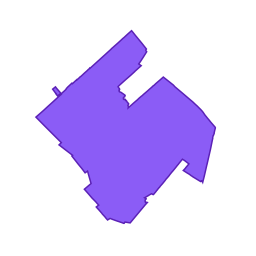 Colceag, Prahova, Romania, rotated 337°
{"feature_id": "2599482B36947039095978", "entity_name": "Colceag", "entity_type": "district", "adm_level": 2, "iso_a3": "ROU", "parent_name": "Romania", "parent_adm1": "Prahova", "projection": "robinson", "projection_center": [26.382, 44.938], "detail": "fine", "context": "isolated", "style": "filled", "palette": "violet", "viewbox_px": 256, "rotation_deg": 337, "n_neighbors": 0, "source": "geoboundaries", "source_scale": "gbopen_adm2", "svg_char_len": 5263}
<svg xmlns="http://www.w3.org/2000/svg" viewBox="0 0 256 256"><g transform="rotate(337 128 128)"><path d="M92.9,216.2L106.5,209.2L111.0,206.9L114.3,205.2L115.3,204.8L116.3,204.3L116.7,204.1L116.3,203.8L116.0,203.7L115.8,203.6L115.2,203.5L115.1,203.4L115.0,203.2L115.3,202.8L115.3,202.7L115.2,202.6L115.1,202.4L115.2,202.0L115.4,201.6L115.5,201.3L115.7,201.0L115.8,200.9L116.0,200.8L116.6,200.6L116.8,200.5L117.0,200.3L117.1,200.2L117.0,199.9L116.9,199.7L116.7,199.5L116.4,199.2L116.0,198.7L122.8,197.8L123.1,197.8L123.8,197.7L124.0,197.7L124.2,197.9L124.3,198.1L124.6,198.6L125.0,199.0L125.3,199.2L125.5,199.1L126.1,198.9L126.6,198.6L126.8,198.5L127.2,198.3L127.6,198.1L128.0,197.9L128.6,197.6L129.0,197.4L129.7,196.9L130.2,196.7L130.4,196.6L130.5,196.6L131.0,196.3L132.0,195.7L132.9,195.3L133.1,195.1L133.3,195.0L133.8,194.9L135.1,194.1L136.6,193.4L138.1,192.7L139.4,192.0L141.3,191.0L143.3,189.8L144.7,189.2L147.1,188.0L148.2,187.3L149.7,186.5L150.8,185.9L152.1,185.3L154.6,184.0L156.1,183.2L157.6,182.4L158.8,181.7L160.3,181.0L160.7,180.7L165.9,178.0L167.2,179.8L170.0,184.8L168.4,185.7L167.2,186.3L165.8,187.0L165.6,187.1L165.4,187.3L165.2,187.4L165.0,187.5L163.5,188.2L163.0,188.4L162.3,188.7L164.8,192.4L166.2,194.3L166.9,195.4L167.4,196.4L168.2,197.5L168.5,198.1L173.6,205.2L174.1,205.8L174.3,205.8L174.5,205.6L174.6,205.4L174.8,205.3L175.0,205.5L175.3,205.5L175.4,206.0L175.5,206.6L175.6,206.8L175.6,207.1L179.2,202.4L186.0,193.0L186.7,192.1L189.6,188.1L190.4,187.0L190.7,186.6L191.4,185.6L192.0,184.8L194.6,181.2L195.2,180.4L196.8,178.1L198.5,175.6L199.2,174.6L199.6,174.0L200.5,172.7L202.0,170.6L202.0,170.4L202.0,170.2L202.4,169.7L203.2,168.6L203.3,168.4L203.6,168.2L204.2,167.8L204.4,167.5L204.5,167.4L204.8,167.1L205.0,166.9L205.2,166.7L205.3,166.5L205.4,166.3L205.5,166.0L205.9,165.5L206.6,164.5L207.5,163.3L207.9,162.8L208.2,162.4L208.4,162.1L208.5,161.9L208.5,161.5L208.5,161.4L208.5,161.2L206.9,156.3L206.3,154.4L205.8,152.5L205.0,150.0L204.4,147.8L203.9,146.2L203.8,145.5L203.6,144.7L203.3,143.0L202.7,140.9L202.5,140.5L202.2,139.5L201.6,138.1L200.2,134.6L199.3,132.7L198.4,130.6L197.7,129.0L196.3,126.3L191.3,116.3L188.2,110.2L187.2,108.2L186.9,107.2L186.5,106.1L180.4,94.9L175.9,96.4L173.7,97.1L170.6,98.1L168.9,98.8L167.7,99.0L166.9,99.3L165.6,99.8L162.5,100.8L160.2,101.6L155.1,103.2L153.9,103.7L152.6,104.0L152.0,104.2L150.7,104.6L149.2,105.1L147.8,105.7L147.4,105.8L145.5,106.4L142.4,107.4L140.1,108.2L138.2,108.8L136.9,109.2L136.1,109.5L136.4,109.0L136.6,108.6L136.7,108.3L136.8,107.9L136.8,107.7L136.8,107.4L136.7,107.3L136.7,107.2L136.8,107.0L136.9,106.9L137.3,106.7L137.7,106.5L137.9,106.3L138.0,106.1L138.1,105.8L138.0,105.6L137.8,105.1L137.7,105.0L137.7,104.8L137.7,104.6L137.6,104.2L137.4,103.9L137.3,103.7L137.3,103.3L137.3,103.0L137.3,102.8L137.3,102.6L137.2,102.3L137.0,102.1L136.8,102.0L136.6,101.9L136.5,101.7L136.6,101.4L136.8,101.2L136.8,100.9L136.8,100.7L136.5,100.5L136.3,100.4L136.2,100.4L135.7,100.3L135.4,100.1L135.4,99.9L135.2,99.7L135.1,99.4L135.3,99.2L135.6,99.1L135.6,98.9L135.6,98.6L135.6,98.4L135.8,98.2L136.2,98.1L136.6,98.0L136.8,98.0L137.1,97.9L137.3,97.9L137.4,97.7L137.4,97.2L137.5,97.1L137.9,97.1L138.0,97.0L138.1,96.9L138.1,96.7L137.8,96.2L137.6,95.8L137.1,95.0L135.8,92.9L135.6,92.6L135.4,92.3L135.2,92.2L134.9,92.0L134.7,91.7L134.2,91.1L134.2,90.9L134.3,90.8L134.5,90.6L134.5,90.1L134.5,89.8L134.5,89.7L135.1,89.5L135.2,89.4L135.3,89.3L135.2,89.0L135.2,88.9L135.4,88.8L135.4,88.6L135.5,88.4L135.4,88.0L135.0,86.9L135.0,86.5L135.3,86.2L135.2,85.9L137.7,85.0L145.0,82.5L150.9,80.6L156.0,78.8L156.0,78.7L156.6,78.5L164.5,75.8L162.9,73.2L164.6,72.2L166.0,71.3L170.7,68.1L171.4,67.6L175.0,65.1L174.9,64.6L174.7,63.7L174.9,63.1L175.3,62.9L175.5,62.7L175.8,62.5L175.4,61.0L173.7,54.8L170.9,45.4L170.0,42.1L169.4,40.1L169.3,39.8L164.8,41.3L159.5,43.2L158.1,43.6L155.7,44.5L153.4,45.3L152.3,45.7L144.8,48.2L144.1,48.4L143.4,48.7L142.8,49.0L127.3,54.4L116.1,58.3L116.0,58.0L115.9,58.1L115.4,58.3L114.8,58.5L113.6,58.9L113.3,59.1L113.0,59.2L110.0,60.2L109.2,60.5L108.8,60.6L108.1,60.9L107.5,61.1L106.8,61.4L106.1,61.6L105.6,61.8L104.7,62.1L103.6,62.3L103.3,62.5L99.7,63.8L99.7,63.5L97.4,64.3L96.6,64.6L94.2,65.5L93.9,64.8L88.4,66.8L87.8,67.1L87.4,67.3L87.0,67.4L86.8,67.5L86.6,67.6L86.2,68.1L85.8,68.3L83.1,69.3L81.5,69.8L81.2,69.9L80.7,70.1L79.9,70.4L79.4,68.6L78.9,67.1L77.7,63.4L77.3,61.8L76.2,62.1L73.8,62.8L74.4,65.2L74.7,66.5L75.1,67.7L75.3,68.4L75.0,68.4L75.3,69.6L75.7,70.9L78.4,70.2L79.5,70.0L79.8,70.9L78.7,71.3L77.9,71.5L69.1,74.6L62.2,77.0L57.2,78.8L53.6,80.0L47.5,82.0L51.9,93.1L60.9,115.4L57.9,116.6L66.3,131.5L65.4,131.9L68.0,141.6L69.6,147.0L71.0,152.5L73.9,151.9L72.3,164.7L63.9,167.3L64.9,170.3L66.0,173.6L67.5,178.4L69.5,183.4L70.1,185.4L70.2,185.5L70.3,185.9L70.5,186.3L70.5,186.6L70.7,187.0L70.9,187.5L70.4,187.6L69.8,187.8L68.8,188.1L68.7,188.1L68.2,188.2L67.9,188.3L68.5,190.1L69.2,192.0L69.7,193.6L69.9,194.0L70.0,194.4L70.1,194.8L70.2,195.1L70.5,195.9L70.8,197.3L71.4,198.9L72.0,200.6L72.6,202.8L72.7,203.1L73.3,204.7L74.2,204.5L74.5,204.5L74.8,204.5L75.4,204.3L76.1,204.2L78.1,206.1L78.6,206.6L79.3,207.2L80.1,208.0L82.1,209.8L83.5,211.0L83.9,211.4L85.5,212.8L86.3,213.6L86.7,214.0L87.2,214.2L88.5,213.4L88.8,213.6L92.9,216.2Z" fill="#8b5cf6" stroke="#5b21b6" stroke-width="1.5"/></g></svg>